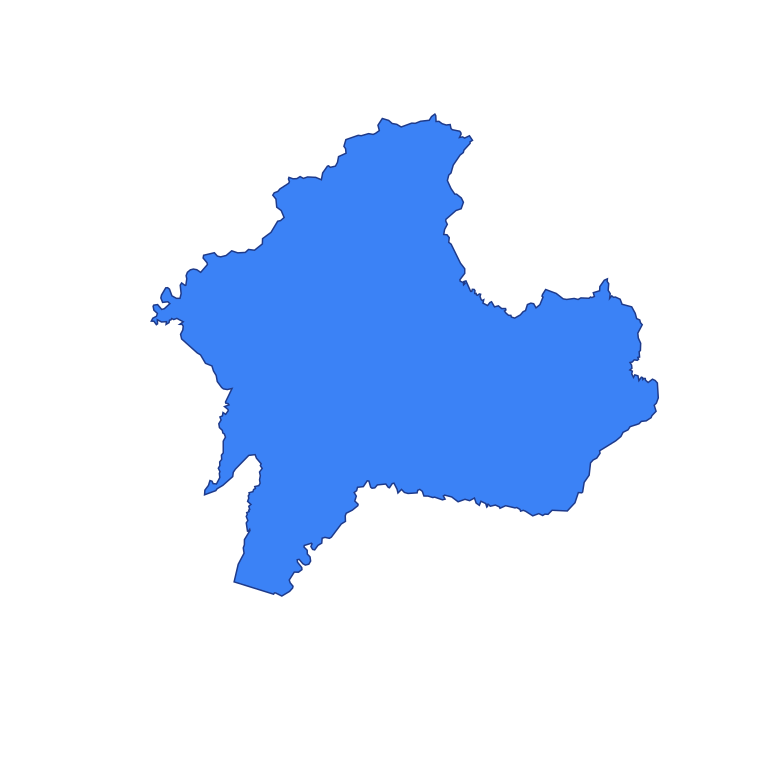 Lérida, Tolima, Colombia (orthographic projection), rotated 128°
{"feature_id": "7082276B47821274124979", "entity_name": "Lérida", "entity_type": "district", "adm_level": 2, "iso_a3": "COL", "parent_name": "Colombia", "parent_adm1": "Tolima", "projection": "orthographic", "projection_center": [-74.913, 4.869], "detail": "fine", "context": "isolated", "style": "filled", "palette": "blue", "viewbox_px": 768, "rotation_deg": 128, "n_neighbors": 0, "source": "geoboundaries", "source_scale": "gbopen_adm2", "svg_char_len": 6171}
<svg xmlns="http://www.w3.org/2000/svg" viewBox="0 0 768 768"><g transform="rotate(128 384 384)"><path d="M477.7,606.1L476.2,603.9L477.4,599.9L476.0,599.5L472.9,602.2L472.1,597.5L468.8,593.8L471.2,592.4L468.0,591.2L465.8,592.3L464.7,591.4L463.1,591.6L462.7,589.4L459.8,587.6L458.6,580.5L462.7,581.7L461.3,579.7L462.1,577.8L465.3,575.8L470.1,574.9L473.1,571.2L474.5,550.3L474.0,546.5L477.6,537.4L475.7,530.7L478.7,526.4L480.6,521.5L484.7,516.9L486.7,509.8L486.7,507.5L484.8,504.0L481.1,501.0L495.8,497.8L496.5,496.9L495.4,494.8L495.9,493.3L500.0,495.8L500.1,491.3L501.0,490.3L505.4,490.1L505.6,493.3L508.6,491.7L511.0,493.0L512.7,490.2L517.0,489.7L519.7,486.8L520.1,482.8L521.8,480.9L521.7,479.0L523.5,476.2L528.0,475.5L537.2,468.3L540.2,468.3L543.3,465.5L546.6,465.5L549.4,463.1L552.4,462.7L554.0,459.4L555.9,458.7L558.8,455.8L565.9,454.5L567.7,457.3L566.5,459.6L567.2,461.7L572.0,459.9L577.9,459.8L581.8,457.2L571.6,450.9L569.2,451.0L563.1,448.6L550.1,446.2L546.4,448.4L542.6,448.7L523.5,446.6L519.0,442.1L521.0,438.8L522.5,431.7L524.5,431.2L525.5,428.0L530.0,427.9L532.4,425.0L536.1,423.1L538.5,420.5L541.2,420.1L544.4,422.7L545.5,421.0L547.4,421.8L549.5,421.0L552.8,423.4L553.7,422.2L555.7,422.1L557.2,420.3L560.5,419.2L560.8,414.7L563.6,415.3L565.6,412.5L566.7,413.0L567.6,411.8L569.9,413.0L570.8,411.5L573.2,411.0L575.4,407.2L578.3,407.0L584.0,401.0L583.7,400.3L581.2,400.4L582.0,399.4L592.5,398.2L596.7,395.0L599.8,394.0L603.5,390.1L615.8,387.9L632.2,380.3L617.6,341.6L616.1,341.7L615.4,340.8L614.0,334.0L605.5,330.7L601.0,330.4L599.4,331.2L598.4,335.6L596.8,338.0L587.5,338.9L584.9,335.5L580.8,334.4L579.3,335.8L577.6,342.6L575.9,344.2L574.4,342.9L575.6,337.3L575.1,334.5L572.3,332.3L568.7,332.8L565.8,335.8L565.2,339.7L562.3,342.2L561.7,346.7L560.3,347.4L554.2,343.2L554.3,342.3L557.1,341.5L558.3,338.4L557.4,336.5L551.8,336.7L547.7,335.1L543.6,337.8L541.2,336.1L539.2,332.0L537.1,331.2L520.6,331.5L516.0,329.8L511.7,333.4L509.1,334.2L502.9,331.3L496.0,329.7L494.7,330.4L494.2,335.0L489.4,336.8L487.9,340.7L484.9,339.9L481.7,341.3L477.6,337.1L470.6,337.6L469.8,336.1L473.5,331.0L473.5,329.3L471.5,327.3L467.6,327.1L461.7,321.0L462.8,317.0L462.4,315.8L457.4,316.2L456.0,315.1L458.9,308.9L461.3,305.9L456.3,305.3L456.9,301.2L455.5,297.7L449.4,290.9L447.0,292.0L445.0,290.9L445.0,287.7L447.7,283.6L445.2,280.3L443.4,275.6L442.0,274.5L439.3,266.6L437.1,265.0L435.7,268.3L434.2,267.8L431.3,261.1L431.2,253.1L425.0,249.2L423.2,244.7L418.2,242.5L421.1,238.1L420.9,234.2L416.7,235.4L415.6,230.3L417.7,227.2L416.6,227.1L415.4,228.5L414.6,228.0L414.9,225.0L410.8,221.7L409.8,217.3L410.5,216.1L405.0,213.2L401.0,204.5L399.6,203.3L399.1,199.6L400.1,198.1L397.8,196.5L397.1,194.1L396.3,185.6L390.8,182.2L389.9,178.0L387.5,177.1L385.7,174.5L380.0,173.8L371.2,161.4L360.0,160.4L349.9,164.0L348.0,161.2L346.8,161.0L338.3,165.7L329.6,166.2L319.0,172.7L315.0,172.4L311.4,170.7L305.6,171.1L303.9,173.0L286.1,166.4L279.5,165.0L274.9,165.9L269.9,163.5L266.1,163.8L258.4,158.6L255.0,158.2L251.6,154.7L246.1,152.8L244.0,153.4L238.0,152.8L234.4,158.0L231.4,157.6L226.1,159.3L214.9,169.2L214.3,172.5L214.9,175.4L220.2,176.8L220.0,180.3L218.8,181.5L219.6,182.7L221.1,182.8L219.8,184.3L220.2,185.4L224.4,185.2L221.2,188.9L222.4,192.0L225.2,191.5L223.5,195.0L221.0,196.2L221.6,198.9L219.0,198.3L216.7,200.5L215.6,203.4L213.8,201.9L210.9,201.7L209.4,199.0L207.8,198.6L206.8,200.4L205.4,199.2L201.5,202.8L199.7,202.6L193.9,206.8L191.2,211.9L187.7,215.3L178.3,217.0L177.8,219.6L176.1,221.9L176.9,225.2L173.6,229.6L170.7,236.3L174.6,245.5L171.8,250.1L173.0,255.2L174.4,256.5L174.3,258.8L177.6,258.9L173.5,261.4L172.2,265.0L166.6,268.7L165.8,271.3L163.6,272.7L166.6,274.3L174.3,273.9L177.8,271.5L183.2,275.3L185.5,272.1L187.9,273.4L188.3,274.8L190.2,275.2L195.0,281.9L197.9,283.1L199.5,286.8L204.9,292.1L206.6,295.2L206.6,304.0L210.0,314.8L215.8,314.2L217.5,313.6L217.6,312.2L225.5,310.0L230.4,311.1L228.6,315.5L229.9,318.1L233.1,319.9L239.0,317.7L241.4,318.9L245.6,319.1L251.6,321.6L252.8,324.8L251.8,326.3L253.2,328.1L253.0,331.7L252.3,334.0L250.6,333.5L249.7,334.7L252.1,337.7L252.0,342.0L255.2,344.4L253.0,349.9L254.6,350.7L258.4,350.7L259.3,355.8L256.2,357.3L257.7,358.0L257.7,359.4L255.9,362.2L253.8,363.1L254.3,364.3L256.6,365.0L256.8,366.1L255.9,367.2L256.8,368.3L254.4,369.8L254.0,371.2L255.0,372.7L257.0,371.9L257.7,372.7L252.3,382.9L254.0,384.1L254.9,382.0L256.9,382.3L255.2,384.0L256.1,387.2L255.1,388.4L247.1,388.5L243.5,391.3L241.7,398.2L232.5,417.2L232.5,420.2L228.5,422.7L227.6,426.2L229.4,429.0L224.9,431.4L219.2,432.4L217.6,435.7L216.1,436.6L203.0,434.1L198.4,431.1L191.9,433.3L189.8,437.6L189.7,443.7L190.8,445.1L188.7,451.6L184.7,459.3L179.5,461.6L176.5,461.1L168.9,464.2L156.7,465.0L152.8,464.0L150.5,465.0L141.4,464.3L140.2,465.3L137.5,464.3L135.8,469.5L140.6,471.9L140.9,474.2L143.3,476.3L139.6,477.1L138.6,478.3L138.2,480.0L141.6,486.8L141.4,488.5L138.8,491.6L141.6,494.4L143.1,498.5L143.2,502.4L145.1,504.6L140.7,508.4L140.0,510.1L144.0,511.2L148.3,510.7L154.5,517.0L159.3,519.8L161.4,522.8L170.9,528.7L171.5,533.8L173.7,538.0L173.4,542.6L175.8,548.8L183.8,548.1L187.2,543.7L191.7,545.0L194.0,546.2L196.2,550.3L202.4,554.8L203.9,557.4L214.9,564.5L221.4,561.9L222.2,559.2L225.5,556.0L232.8,559.8L238.0,557.1L242.2,556.4L246.3,559.7L246.2,562.0L247.2,562.7L255.4,562.3L261.6,559.1L263.2,565.0L267.9,571.7L271.6,574.1L272.2,577.8L275.8,579.1L278.3,582.0L279.7,586.1L281.3,585.5L282.8,583.1L284.5,582.7L294.3,586.1L297.6,586.2L300.9,588.2L303.7,587.9L304.8,583.0L310.7,577.4L310.6,571.8L314.3,565.2L318.9,566.1L321.2,568.0L334.1,566.4L344.2,569.2L348.5,566.1L358.3,568.4L361.4,573.6L365.7,574.3L370.7,580.0L372.8,586.0L379.9,587.5L384.4,591.0L385.8,594.0L385.0,598.5L393.6,605.4L396.1,604.1L397.4,598.1L398.6,596.7L408.9,597.2L409.2,601.9L410.8,605.0L413.3,606.9L417.0,607.7L420.5,606.6L422.5,604.2L428.1,601.0L428.8,601.4L429.0,605.7L431.6,605.4L437.7,599.5L442.1,597.5L444.3,600.3L445.1,605.4L441.3,611.5L441.3,613.8L442.6,615.2L450.9,614.1L453.6,612.8L456.0,608.7L452.3,605.0L452.5,602.2L460.0,603.5L462.1,605.1L460.8,611.3L463.6,614.0L464.9,613.8L467.5,610.8L467.9,606.0L470.7,605.0L474.5,606.7L477.7,606.1Z" fill="#3b82f6" stroke="#1e3a8a" stroke-width="1.5"/></g></svg>